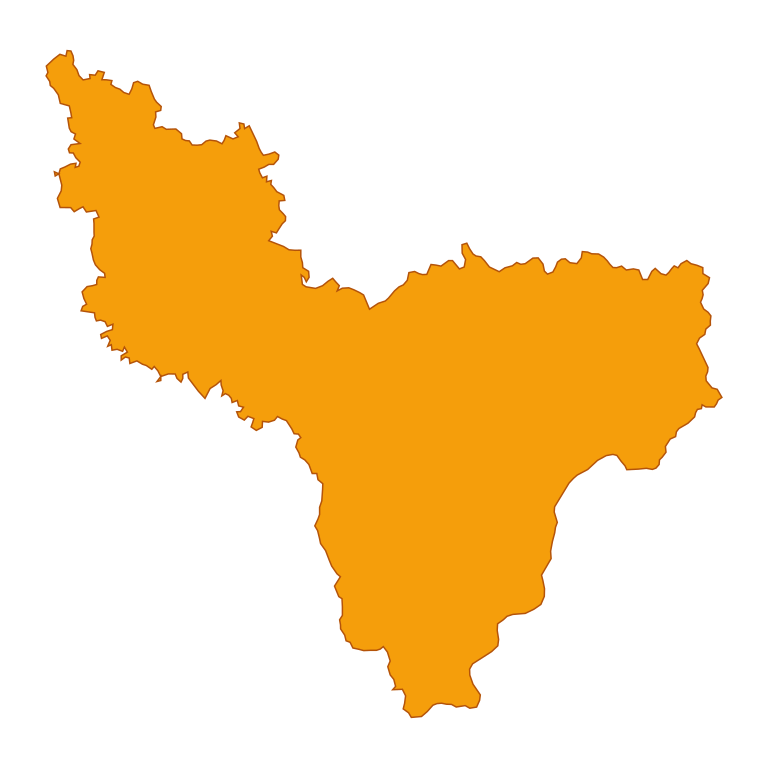 outline of Alvorada do Norte, Goiás, Brazil
{"feature_id": "56859067B77033766628093", "entity_name": "Alvorada do Norte", "entity_type": "district", "adm_level": 2, "iso_a3": "BRA", "parent_name": "Brazil", "parent_adm1": "Goiás", "projection": "albers", "projection_center": [-46.67, -14.571], "detail": "fine", "context": "isolated", "style": "filled", "palette": "amber", "viewbox_px": 768, "rotation_deg": 0, "n_neighbors": 0, "source": "geoboundaries", "source_scale": "gbopen_adm2", "svg_char_len": 6012}
<svg xmlns="http://www.w3.org/2000/svg" viewBox="0 0 768 768"><path d="M551.1,558.6L550.6,551.2L552.4,541.5L554.7,532.8L555.5,527.2L557.3,522.4L554.2,512.0L554.6,506.8L569.0,483.1L573.5,478.3L577.3,475.0L587.7,469.5L597.5,460.4L606.2,455.6L612.9,454.4L616.9,455.4L621.3,461.5L625.0,465.8L626.8,469.7L638.4,469.1L646.4,468.3L652.4,469.4L656.0,468.1L659.1,464.5L659.5,459.8L662.2,457.2L666.0,452.2L665.4,446.5L670.2,439.0L675.6,436.6L676.4,431.8L678.9,428.5L688.0,423.2L694.6,416.9L695.6,412.7L697.4,409.4L701.4,408.6L702.1,404.8L705.8,406.9L714.2,407.0L716.5,403.8L718.1,400.1L721.9,397.4L717.2,389.3L712.0,387.9L706.2,380.8L705.8,376.1L707.6,371.8L708.0,367.5L699.0,348.4L696.6,343.8L699.5,338.1L704.8,334.4L705.8,329.1L710.4,325.1L710.3,321.0L710.9,315.9L708.1,312.3L703.7,309.0L700.5,302.2L702.1,298.6L703.1,294.8L702.3,290.3L708.1,283.6L709.5,277.7L702.9,273.6L702.8,267.6L697.0,265.3L691.0,263.7L686.8,260.5L681.0,263.7L678.0,267.8L674.2,265.9L671.7,268.6L668.8,272.5L666.0,275.1L661.0,273.7L655.2,268.4L651.8,271.4L647.7,279.5L642.6,279.5L638.8,270.0L633.4,268.9L626.3,270.0L621.6,266.1L616.6,267.7L612.9,267.5L609.7,264.1L607.3,260.9L603.7,257.1L598.6,254.0L591.7,253.8L587.7,252.1L582.3,251.6L581.3,257.9L576.9,263.6L569.9,262.7L565.3,258.8L561.4,259.2L557.5,262.1L555.7,266.8L552.9,272.0L547.5,274.1L544.4,271.1L543.0,264.1L538.2,257.9L532.9,258.1L525.2,263.7L520.8,264.3L516.7,262.5L512.4,265.8L505.0,267.8L499.2,271.7L489.4,267.0L484.4,260.6L480.8,256.8L476.0,256.0L473.0,254.0L469.6,248.8L466.8,243.2L462.0,244.7L462.2,253.2L465.6,259.5L464.2,267.0L459.4,268.9L452.5,260.6L448.6,260.6L441.0,266.1L436.0,265.1L431.0,264.5L426.8,274.4L422.5,274.6L418.9,273.6L414.6,271.5L408.9,272.6L407.3,280.3L403.3,284.9L399.0,286.9L394.5,290.9L388.5,298.1L385.3,301.0L378.3,303.3L369.5,309.2L363.6,295.0L359.7,292.6L353.9,289.8L348.8,287.8L342.3,288.2L337.2,290.9L339.3,285.7L336.2,282.4L332.7,278.3L328.1,281.2L322.6,285.7L315.6,288.4L306.0,286.8L302.4,284.4L301.2,275.0L304.2,277.3L306.3,281.8L309.1,277.3L308.6,271.3L302.8,267.7L302.4,262.6L300.8,257.0L300.8,250.2L295.0,250.3L289.0,249.8L283.6,246.5L268.7,240.7L272.4,236.2L271.2,231.3L276.4,232.9L278.8,229.0L282.2,223.8L285.4,220.7L285.6,216.6L283.2,213.7L279.4,209.8L278.8,205.7L279.2,200.9L284.8,200.4L283.8,195.4L276.8,191.7L273.8,187.7L270.8,184.4L271.4,180.5L266.5,181.8L266.9,176.2L262.4,177.8L259.8,172.9L258.7,169.2L264.2,167.1L268.8,164.4L273.6,164.4L278.2,159.2L278.8,155.1L274.8,152.0L269.0,154.1L263.4,155.3L261.2,152.3L259.2,148.5L256.6,141.3L249.2,125.8L244.6,128.6L243.9,124.0L239.3,122.9L240.0,128.5L234.7,132.8L238.2,136.8L233.0,138.9L225.9,135.7L224.2,140.3L222.0,143.8L216.5,141.0L209.8,140.1L206.0,141.1L201.7,144.7L197.1,145.2L192.1,145.0L189.3,140.9L185.5,140.5L182.0,138.9L181.5,133.7L175.9,129.0L166.3,129.3L162.1,126.7L154.9,128.4L153.4,124.8L155.9,117.0L155.6,111.9L160.7,110.4L161.2,106.5L156.6,102.2L154.4,99.1L151.2,91.4L149.1,85.3L142.7,84.2L137.7,81.3L133.6,82.7L131.8,88.9L129.1,94.3L123.8,92.5L119.9,89.2L115.3,87.5L110.9,84.4L111.9,80.6L106.3,79.8L101.9,79.7L104.3,72.4L98.0,70.8L95.2,75.2L89.6,74.6L90.1,78.5L83.1,79.9L79.0,75.6L76.9,69.7L72.9,64.4L73.7,60.3L73.0,55.8L70.9,51.0L67.1,50.6L65.9,56.2L59.9,54.3L53.7,59.1L46.3,66.1L47.9,72.5L46.1,75.9L49.7,81.4L50.3,85.5L53.7,88.3L58.3,94.8L60.3,103.4L69.3,105.9L70.9,112.9L71.7,117.7L67.7,118.1L69.3,128.2L71.1,131.7L75.5,134.0L73.9,139.0L80.1,143.5L71.0,144.7L68.3,149.0L69.5,152.8L73.3,153.0L75.8,157.7L80.2,162.2L78.8,166.2L75.2,167.4L76.0,163.3L70.6,164.1L64.9,167.0L60.3,168.9L58.9,173.8L61.8,185.2L61.2,190.9L57.4,198.4L60.1,207.5L70.7,207.6L74.2,211.7L79.6,208.5L83.0,206.8L86.4,212.0L96.0,210.5L99.0,217.1L93.6,219.0L94.0,223.4L94.0,232.2L94.2,236.1L92.2,239.8L92.0,244.2L90.8,248.7L91.9,252.8L93.4,259.9L95.4,264.8L99.7,269.7L104.6,273.3L105.1,277.4L98.4,276.9L96.8,280.3L96.7,284.5L92.4,285.7L87.1,286.6L82.1,291.9L83.9,298.5L86.6,304.2L82.7,306.4L81.1,310.8L94.5,312.8L95.0,317.3L96.4,320.9L100.5,320.1L105.1,321.7L107.4,326.4L112.9,324.2L112.4,329.6L106.7,331.4L100.7,334.5L101.5,338.4L107.3,335.9L110.2,340.3L107.7,346.3L111.3,344.7L112.0,350.2L117.1,349.3L122.6,351.3L124.4,347.1L127.4,352.1L121.2,355.8L121.2,360.1L125.4,357.0L129.2,358.0L129.9,363.5L136.9,360.9L142.4,364.2L146.3,365.5L151.8,369.3L154.2,366.5L157.9,370.8L160.8,376.5L168.4,373.9L175.2,374.0L177.0,378.4L181.0,382.1L182.8,378.4L182.8,374.3L187.8,372.0L188.4,378.0L198.4,391.2L205.0,398.4L210.1,388.5L216.2,384.6L220.9,380.5L221.2,385.0L223.1,390.7L221.8,395.9L225.4,393.6L228.7,395.2L231.3,398.4L232.1,402.5L237.3,400.5L238.7,405.9L243.5,407.2L240.5,411.6L236.7,411.8L238.7,417.0L244.3,420.1L247.9,416.3L253.9,418.6L252.5,423.1L251.1,426.9L256.3,430.4L262.2,427.3L262.5,421.4L268.6,422.1L274.5,420.2L277.5,416.5L282.1,419.0L286.4,420.6L291.8,428.9L294.1,433.7L298.4,434.1L300.8,437.6L297.8,440.0L295.8,447.1L299.0,452.9L300.4,457.2L304.8,459.9L308.9,464.5L312.2,473.5L316.8,473.5L318.0,479.7L322.8,483.7L322.6,489.2L321.8,500.9L319.6,507.3L319.6,514.5L318.0,519.0L314.8,525.9L317.6,530.6L319.4,537.9L320.6,543.6L325.6,550.6L329.2,560.0L331.7,566.1L337.0,573.8L340.4,576.7L334.5,586.1L338.8,596.6L342.0,598.7L342.4,606.8L342.4,615.4L339.6,619.8L340.5,624.8L340.6,628.9L344.7,635.1L346.1,640.8L350.1,642.3L352.9,648.0L358.9,649.3L363.7,650.6L370.5,650.3L376.5,650.3L380.2,649.1L383.3,646.6L387.4,652.0L390.2,661.0L387.8,666.7L390.2,674.9L393.8,679.4L395.6,686.4L392.7,689.7L402.4,689.3L405.6,695.8L404.6,703.4L403.2,708.9L408.6,712.8L411.3,717.4L421.5,716.5L427.2,711.6L432.9,705.2L436.9,703.6L441.5,703.2L446.4,704.2L451.5,704.4L456.2,707.0L465.2,705.6L469.8,708.2L476.6,707.1L479.6,700.3L480.3,694.9L473.0,684.2L469.8,675.1L469.6,669.1L472.6,663.8L491.6,651.6L497.8,645.8L498.6,639.4L497.2,630.4L497.6,623.8L503.4,619.7L507.0,616.3L512.8,614.4L525.3,613.4L534.1,609.1L540.9,604.4L544.3,596.4L544.5,588.7L542.9,580.7L541.5,575.1L551.1,558.6ZM58.9,173.8L54.4,171.8L55.2,176.0L58.9,173.8ZM160.8,376.5L157.0,381.5L160.8,380.5L160.8,376.5Z" fill="#f59e0b" stroke="#b45309" stroke-width="1.5"/></svg>